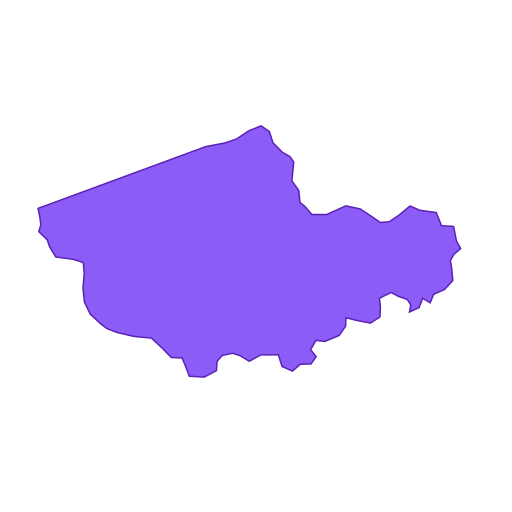 the district of Ângulo, Paraná, Brazil, rotated 250°
{"feature_id": "56859067B37092446381276", "entity_name": "Ângulo", "entity_type": "district", "adm_level": 2, "iso_a3": "BRA", "parent_name": "Brazil", "parent_adm1": "Paraná", "projection": "equal_earth", "projection_center": [-51.931, -23.197], "detail": "fine", "context": "isolated", "style": "filled", "palette": "violet", "viewbox_px": 512, "rotation_deg": 250, "n_neighbors": 0, "source": "geoboundaries", "source_scale": "gbopen_adm2", "svg_char_len": 1270}
<svg xmlns="http://www.w3.org/2000/svg" viewBox="0 0 512 512"><g transform="rotate(250 256 256)"><path d="M375.3,67.5L366.1,66.1L358.9,64.5L353.2,60.2L342.5,65.4L335.3,65.2L323.6,67.5L315.3,83.3L308.9,91.5L297.6,88.3L284.9,82.4L271.1,79.0L258.1,80.4L245.3,86.9L238.9,91.0L231.7,99.2L222.1,113.9L214.6,129.7L201.1,136.5L189.6,141.7L185.5,151.7L176.1,152.1L165.8,152.2L159.9,166.0L161.8,179.6L170.4,183.4L174.1,190.4L172.6,200.8L167.8,206.9L159.4,213.7L161.4,226.6L155.5,243.2L143.2,242.7L135.4,250.9L139.1,260.6L135.8,270.8L140.8,278.1L149.4,275.3L156.2,283.5L152.2,291.4L152.9,307.0L159.3,316.1L167.2,319.5L161.2,328.3L153.8,340.6L156.3,351.6L166.2,355.7L174.1,357.5L175.5,370.5L169.3,376.1L163.4,383.3L157.0,384.7L150.9,381.1L151.8,391.7L159.3,398.1L152.5,403.7L159.3,409.9L160.0,421.6L165.6,432.5L177.6,435.7L185.1,437.0L189.9,442.5L193.0,450.9L201.5,449.5L216.2,451.8L221.0,440.7L235.2,440.2L242.9,425.7L250.3,417.8L245.3,403.7L242.6,392.9L245.0,384.2L253.6,378.2L264.6,370.0L272.4,357.6L270.8,336.5L275.9,322.7L285.5,319.0L291.4,315.7L303.0,318.6L314.4,315.4L322.8,319.5L331.5,323.6L337.9,321.8L344.4,316.3L356.5,310.7L368.5,311.1L376.6,305.2L376.1,291.9L372.6,277.6L372.9,265.2L376.0,246.4L375.3,67.5Z" fill="#8b5cf6" stroke="#5b21b6" stroke-width="1.5"/></g></svg>